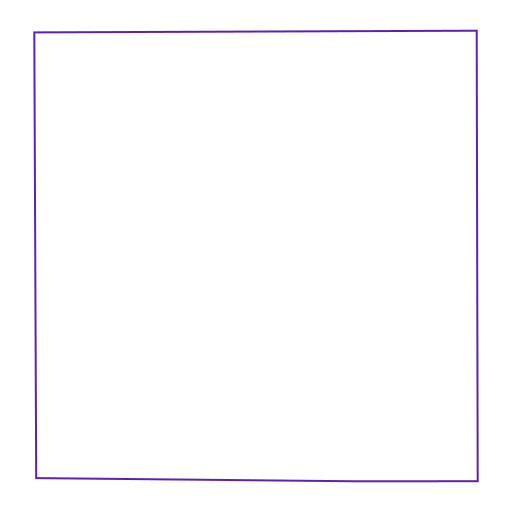 Haskell, Texas, United States of America
{"feature_id": "52423323B88573225501787", "entity_name": "Haskell", "entity_type": "district", "adm_level": 2, "iso_a3": "USA", "parent_name": "United States of America", "parent_adm1": "Texas", "projection": "mercator", "projection_center": [-99.668, 33.178], "detail": "fine", "context": "isolated", "style": "outline", "palette": "violet", "viewbox_px": 512, "rotation_deg": 0, "n_neighbors": 0, "source": "geoboundaries", "source_scale": "gbopen_adm2", "svg_char_len": 195}
<svg xmlns="http://www.w3.org/2000/svg" viewBox="0 0 512 512"><path d="M477.7,481.2L476.7,30.7L34.3,32.4L36.2,478.1L357.6,481.3L477.7,481.2Z" fill="none" stroke="#5b21b6" stroke-width="2"/></svg>